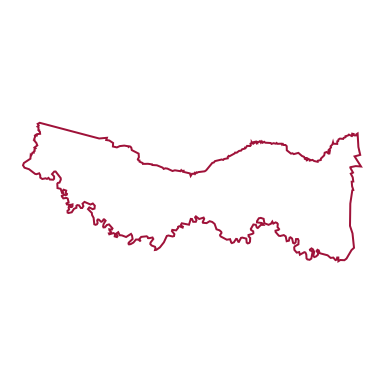 Chumphon Buri, Surin, Thailand
{"feature_id": "78962969B67487530152126", "entity_name": "Chumphon Buri", "entity_type": "district", "adm_level": 2, "iso_a3": "THA", "parent_name": "Thailand", "parent_adm1": "Surin", "projection": "mercator", "projection_center": [103.342, 15.383], "detail": "fine", "context": "isolated", "style": "outline", "palette": "rose", "viewbox_px": 384, "rotation_deg": 0, "n_neighbors": 0, "source": "geoboundaries", "source_scale": "gbopen_adm2", "svg_char_len": 5996}
<svg xmlns="http://www.w3.org/2000/svg" viewBox="0 0 384 384"><path d="M234.7,153.4L229.4,156.3L228.7,155.9L227.8,156.9L227.8,158.3L224.1,159.0L223.2,159.9L221.7,159.5L215.0,161.1L213.8,162.5L212.3,162.9L206.2,170.3L204.7,171.3L198.3,172.1L197.0,172.8L196.4,172.4L195.1,173.9L194.6,173.0L193.9,173.8L192.0,173.8L190.7,175.9L189.9,173.4L183.2,171.8L183.5,170.8L181.7,170.8L181.2,170.2L180.5,171.2L174.9,170.3L172.5,171.0L167.4,168.6L165.3,168.3L163.7,168.9L162.6,167.6L156.9,165.3L152.3,165.0L152.1,164.4L148.1,163.8L142.9,163.9L142.6,163.0L139.6,161.7L139.5,160.5L138.4,160.3L137.8,159.3L138.9,157.2L138.6,153.6L131.8,150.1L131.3,147.7L130.4,146.6L129.0,146.3L128.5,146.9L127.9,146.2L124.2,145.6L119.8,146.1L116.9,147.4L112.9,146.5L113.1,143.0L109.3,140.5L106.2,140.0L106.9,137.8L99.2,138.5L39.7,122.8L37.7,123.9L38.7,125.4L37.5,126.6L38.5,127.2L38.4,130.1L39.2,130.3L39.2,131.3L39.9,131.8L40.1,133.8L37.4,134.1L36.9,135.2L36.4,134.5L35.7,134.9L36.1,135.6L34.9,135.9L35.1,136.8L34.2,139.1L34.5,139.8L34.0,140.2L36.3,142.9L37.3,145.4L34.5,147.5L35.5,148.4L34.5,149.1L34.7,150.9L33.9,151.4L33.8,152.7L32.5,152.7L31.1,155.6L30.7,155.1L30.4,158.7L23.9,163.0L23.0,165.3L24.5,167.7L29.0,169.2L35.1,173.9L36.4,174.2L39.2,173.3L40.2,175.2L40.3,177.6L42.3,179.0L45.6,178.3L47.0,178.9L48.5,177.9L49.8,179.5L53.2,179.7L54.1,178.8L54.1,176.4L52.0,174.1L54.2,171.6L55.6,171.5L60.7,178.1L60.8,179.6L59.5,182.6L57.9,182.9L57.3,183.7L57.5,188.1L60.6,188.8L62.1,193.0L63.0,192.6L62.7,190.8L63.6,189.7L66.2,190.6L65.6,192.9L67.0,193.9L66.8,194.7L65.5,195.3L63.6,194.4L62.9,195.6L61.8,195.9L61.9,196.5L63.3,198.4L66.5,197.9L67.7,198.6L68.6,202.2L66.5,203.4L66.9,204.4L70.8,204.9L72.5,204.4L72.5,206.1L71.8,207.0L70.7,207.1L69.8,206.0L69.0,206.4L68.6,207.5L69.1,209.5L67.5,210.8L67.6,212.6L68.5,213.0L71.7,212.3L74.0,208.8L76.4,207.8L76.4,205.8L77.3,205.1L79.1,205.4L80.8,208.0L82.2,208.0L83.4,206.1L82.5,203.7L84.5,201.9L90.5,204.5L92.8,203.5L94.8,205.7L94.5,208.6L92.7,209.2L89.3,207.4L88.0,209.1L91.8,212.9L92.1,215.1L93.6,217.8L94.3,224.3L95.6,224.8L96.9,224.3L97.6,223.1L97.2,220.4L97.7,219.5L98.7,219.5L101.2,221.8L102.4,221.3L103.6,219.4L104.3,219.4L105.6,220.7L103.6,224.0L103.1,226.5L103.5,227.4L104.9,227.3L106.9,225.0L109.0,224.4L112.5,228.4L111.8,229.6L109.3,229.3L109.5,230.4L111.1,232.1L110.5,233.1L108.9,233.4L109.3,234.3L113.5,233.1L115.2,234.0L114.7,236.4L116.9,237.1L117.5,236.3L116.4,233.5L118.2,232.2L119.7,235.2L121.9,235.4L126.1,237.0L131.0,233.9L132.0,235.5L132.6,239.0L128.7,242.7L128.5,243.8L129.0,244.4L130.7,244.1L133.4,242.6L136.0,239.5L138.4,239.6L140.6,241.4L139.4,238.9L141.2,236.9L146.6,236.3L147.5,236.8L148.0,238.1L149.0,238.2L152.5,237.5L153.3,239.0L150.6,242.5L150.3,244.0L151.6,245.5L155.0,246.8L155.5,248.1L155.0,250.0L156.4,249.8L159.9,247.4L163.9,242.3L166.8,236.0L168.4,235.5L172.6,236.5L174.0,236.1L174.4,234.1L171.9,231.1L172.3,229.9L176.1,230.4L178.1,227.9L178.1,226.8L179.3,226.2L182.6,227.6L182.9,226.7L181.4,225.8L181.0,224.7L181.8,223.3L189.0,224.7L190.8,218.9L192.0,219.0L193.2,221.8L195.8,221.8L196.5,220.1L195.1,217.3L195.9,216.4L199.2,219.0L203.6,217.6L204.2,218.8L202.7,222.1L203.0,222.8L206.6,223.1L209.7,221.2L212.3,222.0L214.6,223.9L216.5,229.3L219.5,230.3L221.2,231.8L221.5,232.9L220.0,235.1L220.6,236.4L226.8,239.7L230.1,239.2L231.2,242.5L231.9,243.1L233.9,242.3L236.1,238.9L236.9,239.0L238.3,241.8L238.9,241.9L241.0,237.9L242.3,237.6L246.3,238.6L246.7,242.6L247.8,243.4L249.3,242.9L250.0,241.7L250.2,238.0L248.6,236.3L248.5,235.0L252.6,233.8L253.4,233.1L253.2,231.3L251.2,230.1L250.8,229.0L253.4,224.5L255.8,224.8L256.8,227.5L257.8,228.0L260.9,224.9L263.4,224.9L261.8,223.0L257.0,222.4L257.0,221.2L258.8,218.3L260.8,217.9L263.6,218.8L264.4,223.3L268.6,224.8L271.0,223.7L272.3,221.6L273.3,223.6L275.6,222.4L277.0,223.0L277.8,224.0L277.5,227.0L279.1,229.1L278.5,229.9L275.5,230.7L275.6,232.0L278.8,235.7L280.2,236.0L283.8,235.1L285.7,236.4L286.7,241.2L288.9,240.7L289.6,237.7L290.5,237.3L292.1,238.6L293.1,242.9L294.3,243.5L295.6,242.4L296.0,239.1L297.9,239.0L298.6,240.5L298.4,244.3L294.7,246.4L294.2,247.5L294.4,249.9L296.7,252.6L299.2,252.1L299.9,254.7L304.3,252.2L305.4,252.5L306.3,254.6L306.5,258.4L307.4,259.4L309.6,259.8L311.3,258.6L312.5,252.3L312.0,251.2L310.1,250.4L309.9,249.6L311.5,248.4L312.9,249.3L314.2,251.9L313.3,255.7L314.3,257.1L316.0,256.5L317.9,254.8L318.1,253.1L316.6,251.0L317.5,249.8L318.8,250.5L319.7,253.2L327.6,255.3L330.6,257.9L333.3,257.6L335.5,260.1L336.8,259.6L337.2,257.5L338.3,257.5L338.4,261.2L340.3,260.0L344.4,260.2L346.5,258.6L351.5,250.1L354.0,247.8L352.5,233.4L350.0,225.9L350.3,203.6L352.3,190.3L353.3,190.0L352.1,186.3L351.7,181.7L353.3,181.5L352.7,177.3L350.8,173.7L353.0,172.6L350.3,167.7L350.4,167.2L355.7,166.1L361.0,166.5L354.6,156.4L360.2,154.9L358.4,147.0L357.6,133.5L356.4,134.3L356.4,135.4L354.5,135.4L353.7,134.8L353.7,134.0L352.2,133.7L352.1,134.4L353.1,135.0L351.9,136.1L348.9,134.6L347.8,135.6L345.5,136.2L345.5,137.2L343.7,137.9L343.2,138.9L339.9,138.6L338.5,139.5L338.2,141.0L337.3,141.3L337.2,143.9L333.3,143.7L333.0,142.4L332.4,144.5L330.6,146.3L331.0,147.5L328.5,150.2L328.5,151.9L329.8,151.2L329.4,153.5L328.5,153.6L326.6,152.0L324.7,152.7L324.2,155.4L320.9,158.6L320.8,160.0L317.9,160.7L317.7,161.8L314.1,161.0L312.5,159.9L310.0,160.5L310.1,159.8L307.9,158.7L307.5,160.1L306.8,160.3L306.7,159.5L305.2,159.0L305.8,158.0L304.6,158.0L304.0,156.8L302.0,156.0L298.4,152.9L293.8,154.1L292.5,153.3L291.0,153.6L286.8,150.3L286.7,146.2L285.5,145.0L283.7,145.0L282.9,144.0L282.1,144.7L281.6,143.7L277.5,143.8L276.6,143.0L275.9,143.7L273.5,143.2L271.5,143.9L270.7,143.0L265.3,142.7L264.2,141.8L262.7,142.7L261.8,141.4L260.9,142.7L259.9,141.2L258.2,142.3L257.2,141.9L257.2,142.7L256.6,142.2L256.4,142.9L255.5,141.7L254.2,142.0L254.9,142.5L253.5,143.5L253.3,142.9L252.4,143.3L251.7,142.2L251.7,142.9L250.5,143.6L250.8,145.3L250.2,146.0L247.1,145.9L245.7,147.9L245.0,147.7L244.8,148.6L242.1,149.3L241.1,150.6L239.1,150.9L236.7,152.7L235.1,152.6L234.7,153.4Z" fill="none" stroke="#9f1239" stroke-width="2"/></svg>